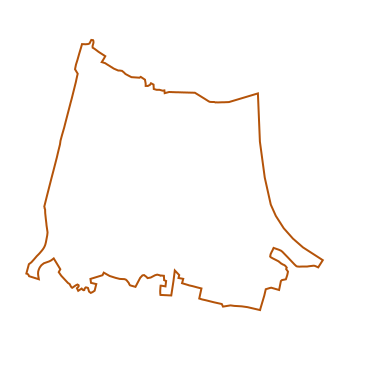 the district of Hai Ba Trung, Ha Noi, Vietnam, rotated 14°
{"feature_id": "81297802B70315889029707", "entity_name": "Hai Ba Trung", "entity_type": "district", "adm_level": 2, "iso_a3": "VNM", "parent_name": "Vietnam", "parent_adm1": "Ha Noi", "projection": "robinson", "projection_center": [105.856, 21.007], "detail": "fine", "context": "isolated", "style": "outline", "palette": "amber", "viewbox_px": 384, "rotation_deg": 14, "n_neighbors": 0, "source": "geoboundaries", "source_scale": "gbopen_adm2", "svg_char_len": 3627}
<svg xmlns="http://www.w3.org/2000/svg" viewBox="0 0 384 384"><g transform="rotate(14 192 192)"><path d="M61.6,266.1L61.8,267.5L62.0,269.0L62.1,270.8L62.4,276.0L62.4,278.3L62.3,279.5L62.1,280.5L61.9,281.5L61.6,282.5L61.2,283.6L60.4,285.4L59.9,286.4L58.8,288.6L57.5,290.8L56.9,291.8L55.9,293.8L55.0,295.6L53.5,298.4L53.2,299.0L51.7,300.9L51.2,301.5L51.0,311.2L52.3,311.3L53.2,311.8L53.8,312.5L54.3,313.1L64.5,313.7L63.1,310.5L62.4,308.6L62.0,306.3L62.1,304.3L62.5,302.1L63.5,299.6L64.4,298.4L65.5,297.0L70.2,293.9L71.9,292.4L73.9,289.9L82.9,298.8L82.1,302.0L85.4,304.9L93.7,310.3L95.5,310.9L97.2,312.8L98.4,313.8L99.0,313.9L101.7,310.8L103.2,309.5L104.4,309.8L104.8,310.5L104.8,311.0L104.4,312.0L103.6,313.2L105.5,315.4L108.3,312.4L109.6,313.3L110.7,313.5L111.2,313.2L111.2,311.8L111.8,310.5L112.1,310.2L113.6,310.2L114.3,310.3L114.7,311.0L116.2,313.5L118.2,314.4L119.8,313.1L121.4,311.3L121.4,304.5L116.0,304.6L114.5,300.9L125.3,294.4L125.9,291.6L132.4,293.4L138.7,293.8L143.0,293.8L147.5,292.9L148.9,293.0L150.1,293.6L152.6,295.5L153.6,296.8L154.4,297.5L155.9,297.6L160.1,297.7L162.5,287.8L164.1,284.9L165.6,284.2L168.4,285.4L169.7,286.3L172.6,285.0L176.3,281.7L178.2,280.6L180.4,280.6L181.6,280.8L181.7,280.6L185.0,280.1L186.3,284.3L188.4,284.6L189.1,290.0L185.0,290.3L184.2,290.5L184.4,291.9L185.1,295.8L185.8,298.3L186.3,299.5L196.9,297.4L195.6,283.3L194.3,272.3L199.7,275.7L199.7,278.7L204.5,278.4L204.5,279.6L204.4,282.9L210.9,283.2L211.9,283.3L215.3,283.2L220.3,283.3L224.5,283.3L224.8,293.6L227.6,293.8L231.5,293.7L240.0,293.7L248.0,293.5L249.8,295.7L256.8,292.7L260.5,292.3L268.0,290.9L273.8,290.3L286.6,290.1L286.6,288.5L287.2,275.1L287.1,268.5L290.6,266.4L292.0,265.7L300.2,266.0L299.8,256.9L300.6,255.7L304.2,254.0L304.5,250.1L304.5,248.7L304.4,246.1L304.1,245.8L302.0,244.0L302.2,242.4L300.3,241.0L298.9,240.5L297.4,240.3L296.3,239.9L295.4,239.7L294.9,239.3L293.8,238.9L293.0,238.4L291.8,238.1L290.1,237.7L286.6,236.9L284.4,236.3L283.8,236.0L283.4,235.6L283.4,234.6L283.3,233.4L283.8,230.8L284.3,228.9L284.4,227.9L284.7,226.5L285.7,226.6L290.1,227.0L292.5,227.4L294.1,228.1L300.7,232.2L309.0,237.5L311.2,238.7L312.1,238.8L314.1,238.5L316.5,237.8L321.9,236.4L323.3,235.8L327.0,234.4L327.4,234.2L328.4,234.0L329.3,234.0L331.2,234.3L332.7,234.6L335.4,226.5L313.1,218.9L301.2,212.8L289.8,205.0L279.1,194.9L271.5,185.2L259.1,160.4L257.0,155.1L245.7,126.7L232.1,80.4L206.1,95.8L201.3,97.2L200.6,97.4L200.0,97.5L199.4,97.7L199.0,97.8L196.9,98.4L194.5,99.0L194.0,99.1L193.5,99.3L193.2,99.4L191.8,99.3L188.4,100.1L187.5,100.2L186.3,100.0L181.5,98.4L179.9,97.9L176.2,96.7L170.8,95.0L157.2,98.0L156.6,98.1L152.3,99.1L145.6,100.5L142.9,102.0L142.7,102.1L141.6,102.7L140.6,100.1L139.0,100.8L135.8,100.7L132.8,101.4L130.0,101.3L128.7,97.1L125.9,96.4L125.3,98.2L123.5,99.8L121.4,100.3L120.8,98.0L119.2,94.4L114.4,92.7L113.4,93.8L105.6,95.2L105.4,95.2L102.4,94.5L98.9,93.6L97.1,92.5L94.8,91.4L92.7,91.6L91.1,92.0L86.3,91.2L78.3,88.6L76.6,88.0L73.0,87.8L74.3,83.8L75.0,81.2L67.4,78.6L64.4,77.3L63.6,77.0L62.7,76.6L60.7,76.0L60.2,74.5L60.3,71.0L59.8,69.3L59.2,68.6L57.5,68.8L56.6,72.7L55.3,73.6L53.0,74.4L49.5,75.1L49.4,78.7L49.1,85.1L48.9,91.6L48.6,96.4L48.8,101.2L52.5,104.9L52.5,107.2L52.6,110.7L52.7,113.3L52.7,116.4L52.7,122.0L52.7,124.8L52.7,128.7L52.7,130.4L52.6,135.3L52.6,136.6L52.5,146.2L52.4,157.2L52.4,160.4L52.1,168.3L52.0,174.1L52.4,177.8L52.4,184.2L52.5,191.4L52.4,204.9L52.3,212.2L52.2,230.1L52.2,241.9L52.7,242.7L52.8,242.9L52.9,243.2L53.0,243.4L53.0,243.6L53.3,243.9L53.5,244.2L53.7,244.5L54.7,248.1L55.0,248.9L56.6,253.3L58.2,257.5L58.9,259.5L61.6,266.1Z" fill="none" stroke="#b45309" stroke-width="2"/></g></svg>